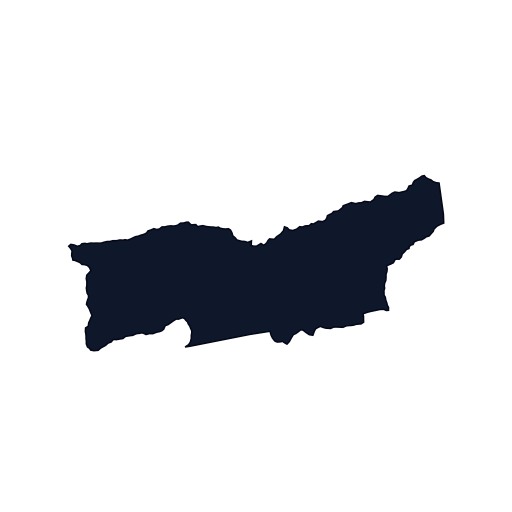 the district of Valparaíso, São Paulo, Brazil, rotated 51°
{"feature_id": "56859067B36318680316705", "entity_name": "Valparaíso", "entity_type": "district", "adm_level": 2, "iso_a3": "BRA", "parent_name": "Brazil", "parent_adm1": "São Paulo", "projection": "natural_earth1", "projection_center": [-50.937, -21.188], "detail": "fine", "context": "isolated", "style": "filled", "palette": "ink", "viewbox_px": 512, "rotation_deg": 51, "n_neighbors": 0, "source": "geoboundaries", "source_scale": "gbopen_adm2", "svg_char_len": 4134}
<svg xmlns="http://www.w3.org/2000/svg" viewBox="0 0 512 512"><g transform="rotate(51 256 256)"><path d="M225.1,443.7L227.6,441.6L230.0,438.0L229.8,434.8L230.2,432.4L230.8,429.2L230.6,425.8L231.7,422.7L231.1,419.4L233.2,417.1L234.7,414.3L236.4,411.4L236.4,407.9L237.7,405.7L238.8,403.8L240.2,401.6L240.6,399.5L241.4,397.3L242.9,395.1L243.9,393.0L245.6,391.9L247.8,390.9L249.2,387.7L251.4,385.2L252.7,381.2L254.1,378.5L254.8,376.3L254.8,373.8L253.0,370.4L254.0,367.6L254.2,364.5L254.4,360.9L254.8,357.7L256.3,356.0L257.7,352.0L259.5,350.9L261.7,351.0L264.1,350.7L266.2,351.4L268.9,351.6L271.5,352.5L273.3,352.8L275.2,354.2L277.0,356.3L279.3,358.1L281.7,361.4L282.5,364.3L282.1,368.4L284.6,364.1L313.1,310.1L323.3,292.5L327.3,294.2L330.0,294.8L332.3,294.9L334.2,294.8L336.2,293.7L337.8,291.5L339.2,289.0L341.3,288.5L344.0,287.4L343.5,283.9L342.6,281.8L341.6,279.3L340.6,276.4L341.3,273.9L341.5,271.1L341.5,267.7L343.2,266.1L346.0,265.5L348.2,264.9L350.7,264.1L353.4,261.7L351.1,257.9L350.1,255.4L350.5,253.1L351.2,250.3L354.5,248.3L356.2,247.0L357.8,245.2L359.2,243.8L360.2,240.2L362.4,237.5L366.1,233.4L367.2,229.6L368.4,227.8L370.0,225.6L371.2,223.6L372.0,221.4L373.4,219.2L374.9,217.1L375.2,214.0L372.4,211.9L370.6,210.4L368.3,209.3L369.7,205.2L370.9,202.5L375.6,193.3L377.9,190.3L380.4,189.0L381.6,187.2L379.4,185.4L376.6,184.8L374.9,183.9L372.2,183.0L369.3,181.4L367.0,181.1L365.1,179.6L363.5,178.4L362.0,176.3L360.1,175.2L358.2,173.3L356.7,170.5L354.5,168.4L352.2,166.6L350.3,163.8L348.3,161.9L346.0,161.0L346.3,158.8L347.0,156.7L347.7,153.5L346.2,149.8L347.4,148.2L348.7,146.6L348.2,143.6L346.5,141.2L346.2,137.7L345.6,134.9L346.5,132.4L345.1,131.0L345.0,128.7L345.9,126.7L344.6,124.0L345.9,119.8L347.6,117.2L348.1,114.3L348.2,111.7L349.4,108.9L348.8,105.4L348.4,102.8L347.1,100.7L346.7,96.6L347.6,92.4L348.6,89.4L341.4,84.0L314.5,67.8L312.5,69.8L309.5,71.6L307.0,72.1L304.7,73.5L302.0,74.6L299.4,74.6L298.3,76.8L298.2,79.5L297.7,82.9L297.2,85.2L297.8,87.5L299.3,89.8L297.9,93.0L299.2,95.6L300.0,97.9L299.0,100.4L296.8,104.9L293.6,107.9L292.9,110.7L292.7,116.0L290.6,118.5L288.4,120.5L285.4,123.4L285.2,126.4L286.3,128.9L286.0,133.2L281.8,137.3L280.9,140.7L279.3,142.8L278.1,145.5L274.5,148.3L273.5,151.6L272.5,154.5L271.8,156.6L272.8,158.4L272.8,163.6L270.3,167.7L270.7,170.3L270.0,173.0L269.6,175.1L271.1,177.2L271.9,179.5L271.2,182.6L268.1,185.6L267.7,188.8L267.2,191.4L265.7,192.6L265.9,195.5L263.5,198.9L262.7,201.7L260.7,203.6L260.7,207.5L259.3,211.4L256.5,213.8L253.9,213.9L251.2,215.5L253.6,218.7L254.4,223.1L254.0,227.8L254.5,231.3L251.2,234.7L251.5,236.8L252.4,239.0L252.7,241.1L252.4,243.3L249.4,244.3L248.7,249.3L246.9,251.6L244.8,253.1L241.4,250.0L240.2,253.9L237.7,255.5L235.4,258.0L231.6,260.7L228.8,260.7L225.7,261.3L222.6,260.0L219.7,259.5L217.5,260.2L216.0,262.5L214.0,264.6L211.9,266.3L209.9,267.0L208.7,269.2L206.9,270.7L205.5,272.3L204.2,273.7L202.6,275.3L201.1,276.6L199.0,278.1L197.6,280.5L196.5,282.8L193.7,283.0L192.5,284.6L191.2,286.6L189.2,287.1L187.2,287.2L185.9,288.8L184.9,291.3L182.9,294.1L182.8,297.2L182.0,299.3L180.8,301.3L179.1,303.0L177.3,305.7L176.0,308.5L174.2,310.8L174.2,314.1L172.8,316.6L170.5,318.1L169.5,321.6L168.5,324.2L169.2,326.4L168.8,328.8L168.1,330.7L167.2,332.7L166.5,335.0L165.2,337.3L164.5,339.9L163.9,342.7L162.8,345.9L161.0,347.4L159.9,349.5L157.9,351.6L156.3,354.8L154.0,357.6L152.8,360.3L151.0,362.6L149.5,365.7L148.7,367.9L147.4,369.7L145.4,372.0L144.0,373.9L141.9,376.3L140.1,379.7L138.4,381.1L136.9,383.6L137.2,386.0L136.0,388.7L132.8,390.5L130.4,392.6L130.5,395.4L133.5,395.3L136.4,395.8L137.9,397.4L139.9,399.2L142.1,399.9L143.9,400.9L145.4,399.6L149.0,397.6L150.8,396.8L153.0,396.6L154.9,394.6L157.3,393.0L160.1,392.7L163.5,393.5L164.0,396.6L164.4,399.6L166.8,402.2L169.5,403.6L172.4,406.0L174.1,408.0L176.7,409.6L178.8,410.7L180.9,410.9L182.8,412.2L184.2,414.6L185.6,416.7L186.9,418.2L188.8,418.3L192.1,418.8L196.5,420.2L199.1,420.9L200.3,423.6L201.5,425.7L202.5,427.9L205.0,430.6L204.6,433.7L207.4,436.2L209.7,437.4L211.8,438.9L213.7,440.4L215.4,441.4L217.5,443.2L220.7,444.2L223.0,443.5L225.1,443.7Z" fill="#0f172a" stroke="#020617" stroke-width="1.5"/></g></svg>